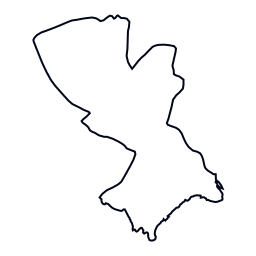 Kampot, Kâmpôt, Cambodia
{"feature_id": "14789045B30101496421605", "entity_name": "Kampot", "entity_type": "district", "adm_level": 2, "iso_a3": "KHM", "parent_name": "Cambodia", "parent_adm1": "Kâmpôt", "projection": "robinson", "projection_center": [104.179, 10.591], "detail": "fine", "context": "isolated", "style": "outline", "palette": "ink", "viewbox_px": 256, "rotation_deg": 0, "n_neighbors": 0, "source": "geoboundaries", "source_scale": "gbopen_adm2", "svg_char_len": 3705}
<svg xmlns="http://www.w3.org/2000/svg" viewBox="0 0 256 256"><path d="M99.6,197.5L101.5,199.3L101.4,200.5L101.7,201.9L102.2,202.9L103.0,203.8L104.1,204.3L105.1,204.2L105.9,203.2L107.0,203.7L108.0,203.9L109.0,204.8L110.3,206.1L111.2,206.9L112.1,207.7L113.2,208.3L114.4,209.0L115.7,209.4L117.1,209.9L118.2,210.2L119.3,210.5L120.3,210.8L121.5,210.9L122.6,210.4L123.5,209.4L124.8,209.4L128.6,216.8L129.5,217.9L129.7,219.0L130.5,220.0L130.6,221.1L131.2,222.1L131.9,223.1L132.3,224.4L132.6,225.5L132.9,226.8L132.7,228.0L132.6,229.1L133.0,230.3L134.1,229.5L135.2,229.7L135.5,230.8L136.5,231.6L137.6,231.2L138.4,230.3L139.1,229.3L139.9,228.6L140.9,227.9L141.9,227.9L142.5,229.1L143.3,230.1L143.3,231.2L143.1,232.5L144.2,233.6L145.2,233.0L146.2,232.4L147.5,232.6L148.1,233.7L148.2,235.2L148.1,236.5L148.9,238.8L149.6,240.1L150.8,240.5L152.0,240.6L154.1,240.1L155.3,239.0L155.7,237.8L155.7,236.4L155.0,235.4L154.8,234.0L154.8,232.5L155.1,231.3L155.3,230.2L155.9,228.8L156.6,227.3L157.2,226.1L158.2,225.1L159.3,224.1L160.5,223.1L161.0,222.0L162.1,221.2L163.1,220.6L163.6,219.1L164.4,219.9L165.3,220.6L166.1,219.7L167.5,218.5L167.9,217.4L168.8,216.8L167.8,216.0L169.2,214.8L170.0,214.1L170.9,213.6L171.6,212.3L172.4,211.4L173.4,210.6L174.2,209.7L175.3,208.9L176.1,208.0L177.0,207.5L178.2,207.5L179.1,206.7L179.7,205.7L180.2,204.5L181.2,204.0L182.0,203.2L182.8,202.3L183.8,201.9L184.7,201.0L185.2,199.9L186.6,200.5L187.6,200.7L188.7,199.9L189.6,199.2L190.1,198.1L190.9,197.1L191.9,196.6L192.9,196.5L194.0,195.9L195.1,195.6L196.1,195.4L197.2,195.3L198.3,195.4L200.6,195.6L200.7,197.7L202.8,197.3L203.9,197.2L205.0,198.0L206.0,198.5L206.7,200.0L207.9,199.9L209.1,200.3L210.0,200.9L211.1,201.1L212.6,201.5L214.2,201.8L215.4,202.0L216.6,201.9L217.9,201.6L218.9,201.2L220.2,200.7L221.4,200.3L222.4,199.6L222.5,198.1L222.1,196.5L222.5,195.4L222.5,193.8L221.8,192.6L221.0,191.7L220.3,190.4L219.5,189.3L218.3,188.3L217.6,187.4L217.0,186.3L217.3,184.9L218.3,185.9L219.7,187.4L222.6,188.5L221.5,186.0L220.8,184.8L219.6,183.3L218.8,182.2L217.6,181.2L216.8,183.4L215.6,182.1L216.1,180.8L215.9,178.8L215.7,174.2L213.4,174.2L211.2,172.6L208.8,171.2L207.9,170.6L206.0,168.8L205.1,167.6L204.6,166.3L204.0,163.7L203.1,159.6L201.8,155.9L200.1,153.3L197.3,151.8L192.8,150.5L188.8,147.1L186.0,143.2L183.5,137.9L181.7,133.4L178.9,129.7L176.0,127.8L171.5,126.2L167.8,124.8L166.9,123.2L167.4,121.6L168.6,118.3L169.7,113.9L171.5,107.2L173.1,99.6L176.3,95.2L179.5,92.4L182.9,88.6L183.3,86.2L183.5,84.7L183.5,79.6L179.3,76.5L176.0,75.4L173.9,74.2L173.8,72.0L173.6,70.0L172.7,67.0L172.5,65.3L174.0,58.8L175.5,52.2L176.0,48.5L174.0,46.1L169.1,45.2L164.5,44.7L159.8,44.8L157.8,45.0L155.3,45.6L152.5,46.9L148.6,50.8L144.8,54.8L141.5,57.6L138.3,61.0L134.8,65.5L132.1,68.8L130.0,65.8L128.0,62.0L126.6,55.9L127.4,49.1L127.6,43.3L127.8,36.2L128.0,30.8L128.9,27.3L129.4,21.9L127.0,18.8L124.3,18.1L121.1,18.0L117.8,15.4L116.8,16.0L115.2,18.0L114.0,18.6L113.0,17.4L112.0,16.1L109.8,15.7L108.0,16.9L105.9,18.4L103.6,20.3L100.4,21.1L98.4,19.6L96.1,18.3L92.0,17.5L84.3,18.4L77.2,19.7L71.8,20.5L65.7,22.9L60.9,25.0L53.5,28.0L46.9,30.5L41.2,32.5L36.8,35.2L34.4,37.9L33.4,39.8L33.6,41.3L35.6,46.4L38.0,52.4L42.2,62.8L46.4,71.8L51.0,80.1L55.0,85.6L58.9,90.0L63.4,95.1L68.7,100.9L72.6,104.2L78.4,107.0L83.4,109.7L88.9,112.0L89.8,113.2L86.7,116.4L83.2,119.3L81.6,121.0L82.5,122.6L85.7,124.8L88.1,127.0L90.0,130.4L92.6,132.0L94.5,132.6L96.7,134.0L99.1,135.4L104.0,136.8L106.9,136.8L110.3,137.9L113.1,138.9L118.9,141.8L122.5,144.0L124.8,145.9L126.7,148.4L131.1,150.2L134.8,151.6L135.4,154.2L133.5,159.6L130.0,166.4L127.3,171.3L124.1,177.0L121.2,181.9L118.0,184.5L112.7,187.5L106.9,190.2L102.3,193.9L99.6,197.5Z" fill="none" stroke="#020617" stroke-width="2"/></svg>